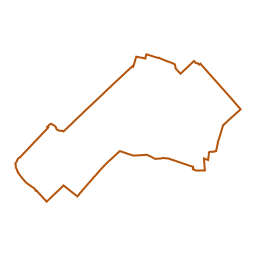 outline of Phuoc Long, Bạc Liêu, Vietnam
{"feature_id": "81297802B5473399388769", "entity_name": "Phuoc Long", "entity_type": "district", "adm_level": 2, "iso_a3": "VNM", "parent_name": "Vietnam", "parent_adm1": "Bạc Liêu", "projection": "mercator", "projection_center": [105.424, 9.386], "detail": "fine", "context": "isolated", "style": "outline", "palette": "amber", "viewbox_px": 256, "rotation_deg": 0, "n_neighbors": 0, "source": "geoboundaries", "source_scale": "gbopen_adm2", "svg_char_len": 5602}
<svg xmlns="http://www.w3.org/2000/svg" viewBox="0 0 256 256"><path d="M196.2,170.6L198.3,170.5L199.6,170.5L200.9,170.4L203.3,170.5L204.5,170.5L204.9,170.4L204.9,169.9L204.8,169.3L204.7,168.7L204.6,168.1L204.5,165.4L204.4,164.9L204.1,160.0L204.0,158.5L207.2,159.6L207.7,159.8L208.1,160.0L208.3,159.0L208.4,157.3L208.5,156.8L208.6,156.5L208.7,155.6L208.8,154.4L208.8,154.2L208.9,152.7L209.0,152.4L209.3,152.1L210.1,151.8L210.3,151.8L210.9,151.8L211.5,151.8L212.4,151.7L212.7,151.8L213.1,151.9L213.4,151.9L213.8,151.7L214.0,151.7L214.5,151.3L214.8,151.2L215.3,151.2L215.6,151.2L215.8,151.3L216.1,151.1L216.5,149.1L217.3,145.7L217.3,145.1L217.4,144.9L217.8,143.0L218.0,141.9L217.9,141.7L218.1,141.5L218.4,140.4L220.5,134.0L220.9,132.6L221.1,131.9L221.2,131.6L221.2,131.4L221.4,130.9L221.8,129.6L222.9,125.9L223.0,125.8L222.9,125.5L226.2,122.4L227.4,121.4L228.2,120.5L230.2,118.7L234.9,114.5L236.0,113.5L240.2,109.7L240.6,109.3L239.7,108.2L239.3,107.7L238.8,107.2L238.3,106.7L237.9,106.1L236.9,105.0L233.5,101.1L232.5,100.0L232.2,99.4L231.7,99.0L230.8,98.0L229.5,96.4L228.0,94.9L227.1,93.7L226.1,92.7L225.6,92.1L225.1,91.6L224.8,91.0L224.3,90.5L223.1,89.3L221.1,87.1L219.3,84.9L218.0,83.5L217.6,83.1L217.0,82.4L216.5,81.8L215.5,80.7L214.6,79.7L213.6,78.6L208.5,72.9L208.0,72.3L207.5,71.7L205.9,69.9L205.4,69.3L203.2,66.9L202.7,66.3L202.1,65.7L201.0,64.4L200.4,63.7L200.0,64.1L199.7,64.4L199.4,64.6L199.2,64.7L198.8,64.5L198.5,64.1L198.3,63.8L198.1,63.5L197.8,63.3L197.6,63.2L196.7,63.2L196.2,63.1L195.9,63.0L195.5,62.8L195.3,62.6L195.2,62.4L195.1,62.2L194.9,61.9L194.8,61.7L194.3,61.2L194.0,61.0L193.8,61.2L192.9,62.0L192.5,62.5L191.8,63.0L190.1,64.7L189.4,65.4L187.4,67.3L185.8,68.8L184.1,70.3L181.3,73.0L180.5,73.7L179.9,73.1L179.0,72.1L178.3,71.4L177.6,70.6L177.0,70.0L176.4,69.4L175.8,68.5L175.6,68.0L175.5,67.6L175.1,65.2L175.0,64.8L174.9,64.5L174.8,64.3L174.4,64.1L173.8,63.8L173.1,63.5L171.2,62.7L169.6,62.1L168.7,61.8L167.6,61.4L166.7,61.1L163.3,59.7L161.1,58.8L160.3,58.4L160.1,58.3L159.5,58.1L159.1,57.8L158.8,58.1L157.0,57.6L153.4,56.5L152.5,56.2L151.4,55.8L149.8,55.3L148.5,55.0L146.5,54.3L145.6,57.0L145.4,57.9L145.3,58.3L145.3,58.5L142.0,57.8L140.9,57.6L136.3,56.7L134.9,61.1L134.6,62.3L133.8,64.8L133.2,66.7L132.5,66.1L130.5,68.1L129.8,68.6L128.2,70.2L126.4,71.8L121.3,76.6L120.2,77.6L117.1,80.5L112.7,84.6L110.4,86.9L108.5,88.6L107.4,89.6L104.3,92.6L103.0,93.9L101.2,95.6L99.5,97.2L96.4,100.1L95.4,101.1L94.4,102.0L93.3,103.1L92.2,104.1L87.6,108.4L86.7,109.1L83.2,112.6L81.3,114.5L80.1,115.6L78.9,116.7L75.1,120.3L71.4,124.0L68.7,126.5L68.2,127.0L66.8,128.4L66.0,129.1L64.5,130.5L63.9,131.0L63.5,131.4L63.1,131.2L62.9,131.0L62.6,130.9L61.7,130.8L61.2,130.8L60.7,130.8L59.8,130.8L59.2,130.5L58.8,130.4L58.0,130.1L57.8,130.0L57.5,129.8L57.0,129.7L56.8,129.6L56.7,129.5L56.5,129.2L56.4,128.7L56.2,128.1L56.0,127.6L55.8,127.1L55.5,126.7L55.1,126.2L54.5,125.8L54.2,125.5L53.3,125.1L53.0,124.9L52.6,124.6L51.8,124.1L51.5,123.9L51.2,123.9L50.7,123.9L49.7,124.5L49.3,124.8L48.0,126.1L47.6,126.5L47.2,126.9L48.2,127.4L48.1,127.6L46.8,129.1L43.0,133.0L38.5,137.8L29.3,147.5L20.0,157.3L19.4,157.7L18.8,157.9L18.0,158.7L17.4,159.7L17.2,160.3L16.7,161.5L16.3,162.1L15.6,163.0L15.4,163.4L15.4,163.6L15.4,164.1L15.7,164.6L15.8,165.1L15.8,166.2L15.8,166.8L16.0,167.9L16.3,168.4L16.4,168.7L16.8,169.2L17.3,171.1L17.7,171.5L17.9,171.7L18.0,171.8L18.0,172.0L17.8,172.4L17.8,172.5L18.2,172.9L18.4,173.0L18.7,173.4L19.0,173.9L20.8,176.3L21.1,176.7L21.3,177.1L21.4,177.3L21.8,177.8L22.1,178.1L22.3,178.2L22.3,178.3L22.9,178.9L25.6,182.1L26.8,183.2L28.2,184.2L29.4,185.0L31.6,186.5L32.1,186.9L33.5,187.8L34.2,188.3L35.8,190.2L35.8,190.5L35.7,190.6L35.8,190.7L35.8,190.8L36.2,190.9L36.9,190.9L37.0,191.2L38.8,193.2L39.2,193.7L39.7,194.1L42.1,196.7L43.7,198.5L45.4,200.3L46.6,201.7L47.3,200.9L48.2,200.2L49.3,199.1L50.2,198.3L51.6,196.9L52.2,196.3L53.0,195.5L53.9,194.7L62.0,187.0L62.5,186.5L63.5,185.4L63.8,185.6L64.6,186.3L65.6,187.1L66.2,187.6L68.9,189.7L70.2,190.8L71.3,191.6L73.0,193.0L73.6,193.4L74.6,194.2L75.2,194.7L76.8,195.9L77.4,196.4L78.3,195.4L79.0,194.5L79.3,194.2L79.4,193.7L80.4,192.7L80.9,192.2L82.0,190.8L83.8,188.7L84.7,187.7L85.6,186.6L86.5,185.7L87.3,184.7L89.1,182.6L90.0,181.7L90.8,180.7L92.4,178.9L93.6,177.4L95.0,176.0L96.3,174.6L96.9,173.8L98.2,172.4L98.8,171.6L100.2,170.2L101.4,168.7L102.8,167.3L103.4,166.6L104.0,165.9L104.5,165.5L105.0,164.9L105.9,163.9L107.0,162.9L107.9,161.9L110.4,159.8L112.3,158.1L113.1,157.3L113.7,156.7L115.6,155.0L116.2,154.4L116.9,153.8L117.3,153.5L117.8,152.9L118.5,152.4L118.9,151.9L119.7,151.2L120.2,151.2L120.4,151.3L120.8,151.4L122.3,151.9L123.1,152.2L124.7,152.7L125.5,153.0L126.8,153.5L130.2,154.6L130.9,154.8L131.4,154.9L132.3,155.3L132.9,155.4L133.5,155.5L134.3,155.6L135.2,155.5L135.8,155.5L136.3,155.4L137.8,155.4L138.2,155.4L138.7,155.3L140.3,155.2L140.8,155.2L141.2,155.2L142.6,155.1L143.0,155.1L143.5,155.0L144.5,155.0L145.3,154.8L146.5,154.8L147.0,154.8L147.3,155.1L147.8,155.3L148.9,155.7L150.2,156.3L150.8,156.6L152.1,157.3L153.2,157.8L153.8,158.3L155.1,158.8L155.3,158.8L155.5,158.9L155.8,158.9L156.4,158.8L158.1,158.6L159.5,158.6L160.8,158.5L161.2,158.5L162.0,158.2L162.6,158.0L163.2,158.0L163.7,158.0L164.8,158.2L166.1,158.3L167.2,158.4L168.2,158.4L168.5,158.5L172.0,159.8L172.6,159.9L173.9,160.4L174.2,160.4L175.4,160.8L176.0,161.1L176.5,161.2L178.3,161.9L179.0,162.1L179.7,162.3L183.1,163.5L185.8,164.4L186.9,164.7L187.2,164.9L187.7,165.1L188.2,165.3L188.9,165.5L193.1,166.8L193.0,168.1L192.9,168.5L192.8,168.9L192.9,169.0L193.0,169.1L193.6,169.3L193.5,169.5L195.3,170.2L196.2,170.6Z" fill="none" stroke="#b45309" stroke-width="2"/></svg>